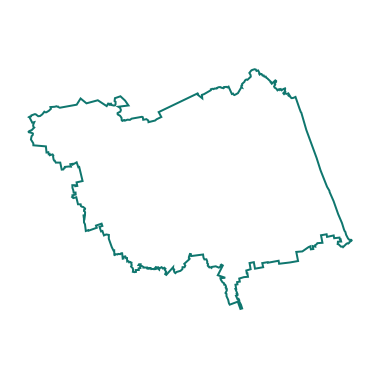 Angel R. Cabada, Veracruz, Mexico, rotated 71°
{"feature_id": "50627088B47201282051967", "entity_name": "Angel R. Cabada", "entity_type": "district", "adm_level": 2, "iso_a3": "MEX", "parent_name": "Mexico", "parent_adm1": "Veracruz", "projection": "albers", "projection_center": [-95.399, 18.593], "detail": "fine", "context": "isolated", "style": "outline", "palette": "teal", "viewbox_px": 384, "rotation_deg": 71, "n_neighbors": 0, "source": "geoboundaries", "source_scale": "gbopen_adm2", "svg_char_len": 5974}
<svg xmlns="http://www.w3.org/2000/svg" viewBox="0 0 384 384"><g transform="rotate(71 192 192)"><path d="M252.3,213.6L254.7,201.9L257.9,202.5L259.8,202.2L260.3,200.3L262.6,200.2L264.2,200.8L265.3,200.3L266.8,201.1L268.1,200.6L268.3,199.9L269.0,200.0L269.5,198.5L270.0,198.2L269.3,197.6L270.0,193.7L272.3,191.2L271.8,189.6L271.4,188.9L270.5,188.7L270.2,187.9L271.5,186.8L279.1,194.7L283.9,188.5L282.8,193.2L284.3,193.3L287.4,192.5L288.5,191.5L290.1,191.7L290.4,190.8L292.4,190.6L293.4,191.3L294.2,190.8L294.6,191.1L294.9,190.7L295.8,190.9L296.6,191.3L298.4,193.2L299.6,192.6L301.7,193.3L305.7,192.9L309.2,193.3L310.8,193.0L310.6,184.4L318.3,184.3L318.4,182.5L314.5,182.4L310.6,183.0L310.6,183.4L309.4,183.3L309.4,182.6L308.1,182.8L308.1,183.9L304.4,184.2L304.4,182.8L303.0,182.9L303.1,182.2L297.9,182.5L298.1,181.8L293.8,181.1L294.1,179.1L291.9,178.7L292.3,176.0L289.2,175.5L289.4,170.6L290.4,166.7L286.9,166.1L286.8,166.7L283.9,166.2L284.1,161.7L277.9,160.7L278.5,156.4L285.0,157.4L286.3,149.2L282.1,148.7L282.5,146.1L283.0,143.2L283.6,143.3L285.2,132.5L288.2,133.0L290.5,122.4L291.8,114.2L282.6,112.9L284.1,107.0L282.0,99.6L281.9,97.9L284.9,98.3L285.4,95.9L282.4,95.5L283.8,93.2L282.4,92.9L282.1,91.4L281.2,90.1L282.5,85.2L274.9,84.1L275.8,78.5L278.4,78.9L279.2,72.2L282.0,72.6L283.1,67.4L284.9,67.6L285.0,66.9L287.4,67.1L286.5,70.2L288.7,71.2L289.2,70.4L292.2,68.9L292.6,67.3L293.3,67.1L291.2,62.7L291.1,61.6L291.6,61.2L291.2,59.9L290.6,59.4L290.1,57.3L289.7,56.8L289.1,57.0L288.4,58.8L286.8,59.6L282.7,60.2L279.6,60.0L278.6,60.4L276.8,60.5L270.2,60.3L260.5,61.0L246.7,61.1L236.9,61.9L235.5,61.7L231.1,62.6L213.3,63.4L200.4,63.1L170.5,63.7L152.5,62.8L151.9,63.1L147.8,63.2L135.8,63.2L136.0,65.3L135.8,67.0L135.5,67.5L133.5,68.1L133.4,68.6L132.5,69.2L132.4,68.3L130.1,68.8L130.2,70.2L129.0,72.2L129.4,73.1L128.4,73.5L127.8,73.0L127.7,72.1L128.1,72.1L127.6,71.1L125.9,71.1L124.8,70.3L124.3,70.3L124.4,72.2L125.0,74.1L123.7,74.5L124.1,75.5L123.5,75.6L123.6,76.3L123.2,76.4L123.7,78.1L121.8,78.6L120.2,79.9L118.9,80.0L117.6,78.4L116.9,78.7L116.4,78.4L115.2,76.6L114.4,76.3L113.6,76.9L115.6,81.3L113.8,81.9L113.6,81.5L108.9,83.9L108.3,84.5L106.9,84.7L106.7,85.7L106.1,86.0L106.1,87.0L105.8,86.3L105.1,86.3L104.9,87.4L103.1,87.8L102.7,88.7L103.0,89.8L102.0,90.0L101.4,89.5L98.6,89.9L98.5,91.6L97.0,91.8L96.3,92.9L96.2,96.0L96.4,95.6L96.4,96.4L98.1,99.0L100.5,98.5L102.1,98.9L104.0,103.0L103.4,103.7L103.1,103.4L103.8,105.6L104.9,106.6L106.1,109.4L107.5,109.9L107.5,110.6L108.2,111.0L109.5,110.8L109.1,111.3L113.5,116.4L114.0,119.1L114.1,120.4L113.4,121.0L112.3,121.2L112.3,122.4L104.5,123.1L104.9,123.8L104.6,124.5L104.0,124.7L103.2,127.4L103.8,127.6L104.1,128.6L103.0,129.9L103.0,130.3L102.0,131.1L101.6,132.6L101.7,134.6L102.1,134.7L102.1,135.4L101.5,137.1L101.8,138.0L101.2,138.7L101.0,139.6L101.4,140.5L101.2,140.8L101.9,141.1L103.4,148.8L103.4,151.0L106.7,151.8L101.9,154.9L101.3,154.4L100.6,154.6L105.6,197.5L111.1,196.6L111.7,201.8L112.4,203.6L111.8,210.4L110.1,210.1L108.3,211.4L107.8,214.6L105.2,214.2L104.6,214.9L103.0,225.2L103.6,227.2L102.6,229.5L102.7,232.2L102.0,232.4L101.8,233.1L102.2,234.4L101.9,234.8L101.3,235.1L98.8,234.5L96.5,235.2L94.6,236.9L94.0,237.0L93.1,236.6L92.7,233.6L91.3,232.5L89.0,232.6L87.4,233.9L89.5,223.9L83.8,225.5L78.2,228.5L78.2,234.3L80.8,235.6L81.8,234.9L84.1,235.7L84.9,236.4L84.9,237.6L83.3,240.2L82.9,239.7L82.1,239.9L82.5,241.6L81.6,241.6L81.1,242.5L83.0,244.7L74.6,251.2L73.8,262.9L67.3,266.9L71.9,272.6L69.3,289.5L68.1,290.8L67.6,290.9L67.5,291.5L66.8,292.3L66.7,294.1L65.6,298.2L67.4,298.3L68.6,300.9L69.2,303.7L68.8,304.9L68.0,305.5L69.8,308.2L70.7,310.9L70.3,312.7L67.6,314.5L67.2,315.5L67.3,319.0L68.1,319.5L67.9,321.1L68.1,321.8L68.7,321.3L74.4,320.5L74.6,318.4L76.5,320.1L77.6,320.6L78.9,320.7L79.7,320.2L81.3,323.4L81.4,326.0L81.9,326.9L82.4,326.8L83.9,324.3L84.9,323.4L86.2,324.0L87.0,325.5L89.9,327.2L94.3,326.2L96.2,326.8L101.3,315.3L107.3,316.7L107.6,314.9L109.6,315.2L109.7,314.2L110.9,314.4L111.1,311.6L112.3,311.2L113.2,311.8L116.3,312.3L117.6,312.0L117.7,311.6L119.9,311.2L121.3,307.0L128.4,307.9L128.8,306.3L127.7,305.0L127.6,304.2L126.9,304.0L127.7,300.5L128.6,298.2L126.1,298.0L126.5,295.7L127.2,295.8L126.4,291.4L131.6,291.4L131.6,290.5L146.0,291.9L145.3,298.0L148.9,298.5L148.5,300.5L147.5,300.4L146.6,302.9L149.2,303.7L151.7,303.7L154.1,304.1L154.6,302.3L156.5,302.8L156.2,306.1L157.2,306.1L157.7,307.0L159.1,306.2L159.3,303.1L166.5,303.8L167.4,301.3L169.1,301.6L169.9,301.1L170.8,299.7L172.8,298.5L173.5,298.9L173.7,299.8L174.8,300.3L175.3,299.8L176.4,299.7L178.9,300.7L178.8,302.2L180.2,302.5L180.3,301.4L182.5,302.5L182.1,302.9L185.6,304.0L187.7,303.7L194.3,305.1L194.3,302.5L194.9,302.5L194.8,293.7L192.5,293.7L192.5,287.8L194.9,287.8L194.9,290.8L199.7,290.8L199.7,289.4L204.4,289.4L204.2,287.0L205.5,284.6L209.1,285.9L218.1,285.8L221.9,285.3L221.9,284.6L226.2,285.9L226.5,285.6L226.0,284.3L226.8,282.7L226.5,282.0L227.4,280.1L226.9,278.9L227.2,278.0L232.5,279.2L232.6,278.4L231.6,277.9L231.0,277.1L231.2,276.0L233.1,275.9L233.3,275.0L236.6,275.9L236.6,274.8L237.1,274.4L238.0,274.4L238.2,272.9L239.2,272.6L239.3,272.3L240.3,272.8L241.5,272.8L242.6,273.9L244.9,272.8L246.9,273.2L248.2,273.9L249.1,272.4L249.3,271.0L247.5,270.6L248.4,267.7L246.8,267.3L247.1,265.6L244.2,265.0L243.7,266.3L243.1,265.6L243.6,264.1L244.5,264.5L247.6,261.9L247.8,262.1L248.8,259.1L249.5,259.3L249.7,258.3L250.3,258.4L250.6,257.0L250.0,256.9L250.4,255.8L251.6,255.7L252.4,252.6L252.7,252.7L253.0,251.6L253.0,250.9L251.7,251.1L251.7,251.4L251.2,250.6L252.1,249.5L252.1,248.5L252.4,248.3L252.6,249.3L252.9,249.3L254.7,248.3L253.6,247.7L253.2,245.2L254.8,244.5L254.6,242.8L255.9,242.1L256.6,243.1L259.0,242.4L260.9,244.1L262.0,243.3L257.0,234.4L257.7,234.7L259.5,234.2L259.6,234.7L262.3,234.7L263.3,234.1L262.6,232.7L262.8,228.6L261.9,226.3L260.0,225.4L260.7,223.6L259.4,222.3L257.4,222.7L254.6,216.2L254.2,216.0L253.5,216.5L252.5,216.1L249.9,214.1L250.3,213.3L252.3,213.6Z" fill="none" stroke="#0f766e" stroke-width="2"/></g></svg>